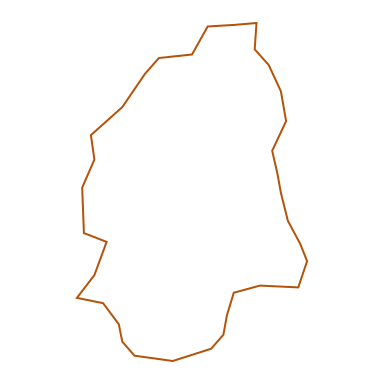 Latsia, Nicosia, Cyprus (Albers equal-area conic projection)
{"feature_id": "46923920B51711954160874", "entity_name": "Latsia", "entity_type": "district", "adm_level": 2, "iso_a3": "CYP", "parent_name": "Cyprus", "parent_adm1": "Nicosia", "projection": "albers", "projection_center": [33.376, 35.094], "detail": "fine", "context": "isolated", "style": "outline", "palette": "amber", "viewbox_px": 384, "rotation_deg": 0, "n_neighbors": 0, "source": "geoboundaries", "source_scale": "gbopen_adm2", "svg_char_len": 555}
<svg xmlns="http://www.w3.org/2000/svg" viewBox="0 0 384 384"><path d="M90.9,135.1L94.4,159.6L82.2,187.6L83.9,233.1L106.6,241.9L94.4,275.1L76.9,297.9L103.1,303.2L118.8,324.2L122.3,341.7L134.5,355.7L149.8,357.8L172.8,361.0L211.2,348.7L223.4,334.7L226.9,315.4L233.8,292.7L260.0,285.6L298.3,287.4L307.1,261.1L300.1,243.6L287.9,220.9L280.9,192.8L277.4,173.6L272.2,150.8L286.1,121.1L280.9,91.3L268.7,65.0L254.7,49.3L256.5,23.0L235.6,24.8L207.7,26.5L192.0,54.5L158.9,58.0L145.0,73.8L122.3,107.1L90.9,135.1Z" fill="none" stroke="#b45309" stroke-width="2"/></svg>